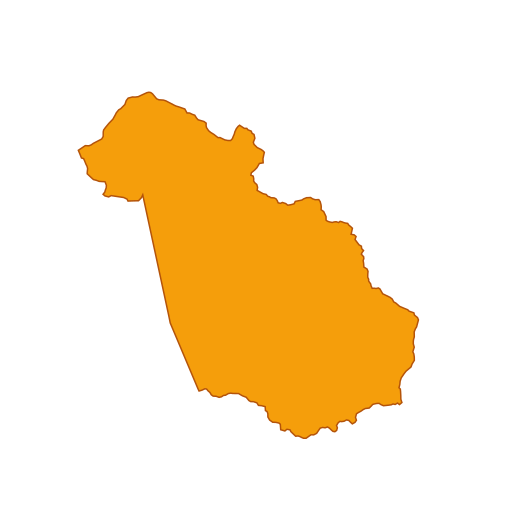 Lagoa Grande, Pernambuco, Brazil, rotated 160°
{"feature_id": "56859067B53919588563168", "entity_name": "Lagoa Grande", "entity_type": "district", "adm_level": 2, "iso_a3": "BRA", "parent_name": "Brazil", "parent_adm1": "Pernambuco", "projection": "mercator", "projection_center": [-40.254, -8.803], "detail": "fine", "context": "isolated", "style": "filled", "palette": "amber", "viewbox_px": 512, "rotation_deg": 160, "n_neighbors": 0, "source": "geoboundaries", "source_scale": "gbopen_adm2", "svg_char_len": 4068}
<svg xmlns="http://www.w3.org/2000/svg" viewBox="0 0 512 512"><g transform="rotate(160 256 256)"><path d="M134.8,156.3L138.3,159.6L140.6,163.8L142.3,165.8L142.7,168.9L144.1,171.2L149.9,177.2L150.8,182.6L151.9,184.1L154.3,184.4L155.9,185.3L157.9,185.9L158.1,188.7L157.8,190.6L158.7,193.8L158.1,195.7L158.3,197.8L157.1,200.9L156.0,203.2L156.1,205.8L158.4,208.7L157.3,212.6L156.9,215.0L155.6,216.6L155.1,218.5L156.4,221.7L155.1,223.0L153.1,224.3L154.2,226.8L153.6,229.2L155.4,231.3L157.3,237.6L155.3,240.1L156.5,242.3L159.2,243.9L157.8,246.1L155.9,249.1L157.1,251.5L158.2,253.2L158.7,255.3L160.7,256.4L162.1,257.4L163.4,258.6L165.1,259.8L166.9,259.2L169.0,260.8L171.0,261.3L172.8,261.4L175.0,262.7L176.9,264.2L177.9,265.7L176.7,269.1L177.2,274.6L179.0,277.2L177.9,279.8L177.4,281.8L177.1,285.1L177.7,287.5L181.2,288.7L183.3,290.4L184.7,292.3L188.6,293.5L191.6,293.4L193.8,292.9L196.0,293.2L200.4,293.9L202.4,292.0L205.9,292.3L208.8,292.9L210.1,295.1L212.9,297.3L215.0,297.1L217.0,298.4L217.1,300.7L217.7,303.0L219.1,304.4L222.0,305.7L223.2,307.1L224.6,308.2L225.3,310.3L228.1,312.2L232.5,317.3L231.0,320.0L230.8,322.9L232.0,325.0L232.6,327.1L231.7,329.4L231.3,332.0L233.2,333.7L231.9,335.8L227.9,337.2L224.9,338.7L221.2,341.8L217.4,341.1L216.2,345.0L214.3,348.1L212.7,350.6L213.5,352.5L214.7,354.3L217.8,357.5L219.7,361.6L219.6,363.8L216.8,367.0L216.3,370.9L217.7,372.6L217.8,375.0L220.4,377.3L221.0,379.1L223.3,379.9L226.7,384.5L228.5,383.9L230.9,382.4L233.4,379.9L234.7,378.0L236.8,375.8L238.1,374.3L240.4,373.2L243.0,374.2L245.6,375.8L249.3,379.6L251.2,380.2L254.0,384.7L256.3,387.6L257.7,390.0L258.6,393.6L258.3,395.6L257.4,397.9L258.9,400.2L263.8,403.8L264.7,406.0L265.4,409.3L267.4,410.9L269.5,413.1L271.9,414.0L272.6,418.5L277.0,422.1L279.9,424.3L281.3,425.7L287.6,432.6L289.7,434.2L293.8,436.0L295.6,437.7L297.8,443.8L299.0,445.6L300.6,446.5L302.6,446.8L307.7,446.4L312.2,446.0L315.3,446.7L317.7,447.7L322.1,448.1L324.7,446.5L327.4,443.2L332.7,440.7L335.0,440.3L338.2,438.4L340.0,436.7L343.7,433.5L348.8,431.0L353.6,428.2L356.1,426.5L357.1,424.9L358.7,420.6L361.0,418.7L370.3,417.5L372.8,416.8L375.3,416.7L378.7,418.1L386.8,416.1L386.6,411.7L386.5,407.8L384.7,406.5L384.5,404.0L384.4,400.5L384.1,398.2L384.3,395.8L385.8,392.7L386.5,391.0L383.8,385.6L382.6,383.4L380.1,381.7L377.9,379.8L374.8,378.4L372.5,377.5L372.4,373.6L373.5,371.2L375.0,369.5L376.2,367.8L378.6,366.3L377.4,364.1L374.2,361.9L371.5,362.3L360.3,356.2L357.7,353.5L357.5,351.4L352.5,349.8L347.5,348.1L343.7,350.0L341.5,352.2L344.5,330.5L358.4,229.7L359.5,222.4L356.2,156.7L356.1,154.4L355.9,150.7L355.7,148.6L352.6,148.4L349.4,148.7L347.9,147.8L347.1,145.5L346.0,143.6L345.5,140.9L344.2,139.0L341.4,137.8L339.0,135.8L336.6,135.5L334.3,136.1L332.2,135.6L329.2,136.2L326.7,135.8L324.9,134.8L319.4,132.7L317.7,130.6L316.4,129.1L313.5,126.6L312.1,122.6L310.8,121.0L308.2,120.0L305.4,117.7L304.8,114.8L301.9,113.4L298.9,111.3L300.0,107.5L298.8,106.0L298.8,103.8L299.9,100.6L299.3,97.2L297.2,94.1L294.3,92.9L291.6,91.2L290.7,89.6L292.2,84.3L288.7,81.7L286.2,82.6L283.5,81.0L283.3,79.0L280.4,73.1L278.0,72.5L276.6,71.4L275.1,69.8L273.7,68.5L271.3,67.6L268.0,68.5L265.5,69.2L262.9,68.2L259.7,68.6L256.7,70.8L254.5,72.3L252.0,72.1L249.8,70.9L247.3,70.9L245.9,69.2L244.8,66.9L243.7,64.9L242.0,63.9L239.9,64.5L238.3,66.7L238.3,69.2L235.8,71.2L233.8,71.9L232.2,71.1L229.8,70.6L227.0,71.0L225.0,69.7L223.9,67.2L222.9,65.3L219.9,65.8L217.8,67.3L217.7,70.3L215.5,73.4L213.1,73.9L210.4,74.3L207.9,75.0L205.5,75.3L201.6,74.4L199.0,75.6L197.1,76.6L195.3,76.5L192.8,76.1L190.7,75.4L189.4,73.6L187.4,71.7L184.6,71.0L182.1,70.4L179.7,69.9L177.9,70.1L176.0,68.9L173.3,69.4L172.0,67.3L169.0,68.4L168.9,71.8L167.7,75.3L166.5,79.2L165.9,81.6L166.7,83.3L164.9,85.9L163.4,89.0L161.2,91.8L156.9,94.9L154.3,96.5L148.3,98.7L146.2,101.2L142.9,103.8L141.8,107.0L141.2,110.0L141.4,112.3L138.5,116.2L138.2,119.7L137.4,121.9L136.6,123.5L134.9,125.9L133.3,130.6L131.1,133.1L129.4,134.4L125.2,140.4L125.3,142.9L127.3,146.2L127.1,148.6L131.0,151.8L131.8,153.6L134.8,156.3Z" fill="#f59e0b" stroke="#b45309" stroke-width="1.5"/></g></svg>